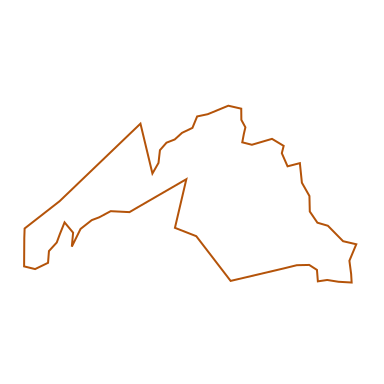 Vale Real, Rio Grande do Sul, Brazil, rotated 272°
{"feature_id": "56859067B17204755964943", "entity_name": "Vale Real", "entity_type": "district", "adm_level": 2, "iso_a3": "BRA", "parent_name": "Brazil", "parent_adm1": "Rio Grande do Sul", "projection": "orthographic", "projection_center": [-51.249, -29.357], "detail": "fine", "context": "isolated", "style": "outline", "palette": "amber", "viewbox_px": 384, "rotation_deg": 272, "n_neighbors": 0, "source": "geoboundaries", "source_scale": "gbopen_adm2", "svg_char_len": 908}
<svg xmlns="http://www.w3.org/2000/svg" viewBox="0 0 384 384"><g transform="rotate(272 192 192)"><path d="M107.1,320.9L108.8,330.2L107.4,341.5L107.1,354.7L115.6,353.9L128.8,351.7L145.5,358.0L148.1,344.7L163.0,329.0L165.7,318.4L176.6,310.4L192.1,309.5L205.1,301.5L224.6,298.8L221.0,286.6L233.9,280.4L241.3,282.0L247.9,270.1L241.3,250.2L243.4,240.5L251.9,241.8L258.5,243.1L265.8,238.8L277.0,238.3L279.5,225.3L270.3,205.0L267.7,194.5L256.1,190.2L250.8,180.0L243.9,172.9L240.4,164.8L232.7,158.5L219.9,157.5L209.1,151.8L258.5,138.1L246.5,126.4L178.2,60.0L149.7,26.0L140.2,26.0L111.8,26.8L109.5,37.9L116.2,50.6L128.0,51.1L136.8,58.6L145.3,61.4L157.2,65.7L147.2,74.6L133.2,73.8L151.2,81.9L160.4,92.8L163.4,100.0L170.0,111.4L169.7,130.2L175.2,138.9L204.6,185.9L155.6,176.2L148.0,197.8L104.5,233.7L118.9,286.6L122.5,299.3L123.2,311.7L118.5,319.6L107.1,320.9Z" fill="none" stroke="#b45309" stroke-width="2"/></g></svg>